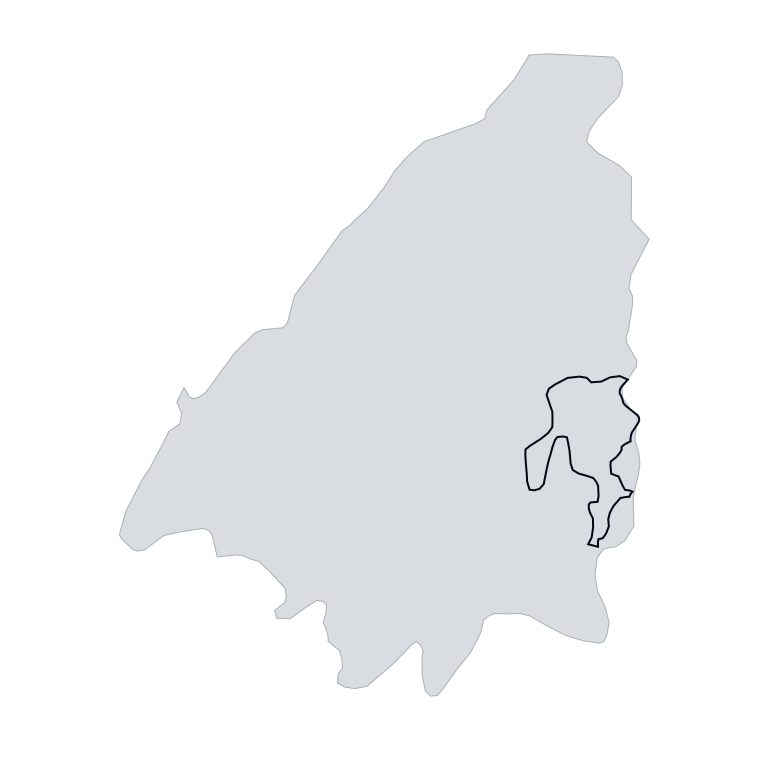 Bosnia and Herzegovina, with Doboj highlighted, rotated 85°
{"feature_id": "BIH-4801", "entity_name": "Doboj", "entity_type": "state/province", "adm_level": 1, "iso_a3": "BIH", "parent_name": "Bosnia and Herzegovina", "parent_adm1": "", "projection": "robinson", "projection_center": [18.222, 44.862], "detail": "fine", "context": "in_parent", "style": "outline", "palette": "ink", "viewbox_px": 768, "rotation_deg": 85, "n_neighbors": 0, "source": "natural_earth", "source_scale": "10m", "svg_char_len": 3232}
<svg xmlns="http://www.w3.org/2000/svg" viewBox="0 0 768 768"><g transform="rotate(85 384 384)"><path d="M659.5,187.3L660.9,191.8L657.3,207.7L650.4,224.8L639.2,242.6L627.6,259.4L624.5,268.3L623.7,282.4L622.3,293.5L624.0,299.6L627.8,305.2L640.9,309.7L658.6,320.9L673.6,335.4L692.9,351.9L699.0,358.1L699.0,364.7L693.4,369.6L677.0,371.4L659.9,370.0L653.3,368.3L647.2,370.3L643.4,374.1L645.5,378.5L663.1,398.6L683.7,427.4L684.9,439.8L682.5,449.5L677.8,456.3L669.3,455.1L662.8,449.8L653.0,450.2L645.4,451.7L635.5,462.1L630.6,461.7L622.1,463.3L616.7,465.3L608.2,462.3L599.2,460.3L595.4,463.5L593.7,469.6L599.3,480.7L609.7,498.0L608.1,511.2L600.2,512.7L592.9,501.7L586.4,499.9L579.1,500.2L562.3,513.1L550.0,523.8L547.1,531.3L542.7,539.5L541.4,545.5L541.7,565.2L519.4,568.4L514.7,571.3L512.0,577.3L513.9,602.7L515.7,616.3L528.5,637.3L529.0,644.0L527.2,648.4L518.1,656.7L513.8,659.7L510.9,660.7L496.0,655.2L489.0,652.6L459.2,634.0L446.0,623.7L425.3,610.2L412.5,602.5L406.0,590.8L395.8,588.1L383.8,591.9L370.2,583.4L379.8,579.1L382.2,574.9L381.0,569.5L376.8,562.2L340.2,530.3L322.2,508.6L319.3,500.8L319.2,480.0L315.0,475.0L288.1,465.5L258.2,438.5L227.3,412.0L223.2,404.7L207.3,384.6L188.0,366.4L172.6,354.8L160.0,341.5L146.1,323.1L139.0,295.1L132.8,270.3L128.5,260.7L119.6,257.3L92.3,227.9L69.0,210.8L69.4,192.3L73.6,161.5L78.4,127.0L84.1,122.2L94.8,119.6L107.0,120.6L117.6,124.8L138.4,148.5L150.3,157.6L160.5,161.2L172.3,151.2L186.9,130.4L199.6,119.4L242.0,123.4L262.9,107.3L296.5,128.4L310.4,131.6L318.3,128.7L328.9,130.0L352.6,136.2L358.0,138.8L365.1,138.3L382.7,130.1L388.6,131.1L408.6,147.3L418.7,147.4L430.8,140.5L438.6,134.5L461.6,139.0L474.7,136.2L485.7,136.0L497.5,138.7L508.3,142.5L518.9,145.7L547.3,147.4L561.0,157.7L566.4,167.6L566.6,173.8L567.9,180.3L575.8,186.8L592.9,190.5L603.7,189.7L609.4,189.2L624.0,183.5L641.2,180.5L653.6,183.9L659.5,187.3Z" fill="#d9dde1" stroke="#a8b0b8" stroke-width="1"/><path d="M400.9,140.7L406.1,146.5L409.1,148.9L412.3,150.0L414.0,149.9L418.8,148.1L423.3,147.3L424.7,146.7L427.4,144.5L437.3,134.0L439.7,132.9L442.3,132.9L444.9,134.1L453.9,141.3L457.5,142.7L460.7,143.3L462.6,143.3L462.9,144.5L465.4,150.1L467.4,152.8L470.4,153.1L473.4,155.3L476.9,158.7L481.0,164.9L484.5,165.5L489.7,165.5L493.2,165.5L494.0,163.7L495.3,161.2L496.5,158.4L501.0,156.9L506.5,155.0L510.5,153.1L511.5,148.5L512.9,145.9L515.2,148.1L517.8,149.5L517.6,151.9L518.1,158.4L520.3,160.6L525.4,165.9L531.9,170.2L538.4,172.4L545.4,172.4L552.5,175.9L556.7,179.6L557.3,184.0L560.5,184.7L564.8,185.0L561.4,194.6L555.0,190.5L545.2,188.2L536.1,187.6L530.3,189.9L526.3,190.8L521.8,190.5L520.0,188.5L520.0,186.2L520.0,181.5L514.4,180.0L504.1,179.6L500.1,181.0L495.9,183.7L493.6,188.9L490.1,198.0L486.1,203.5L479.5,205.0L466.7,205.0L459.7,205.6L453.1,206.4L451.9,209.9L451.9,215.8L454.5,218.4L461.3,221.6L468.5,224.2L475.3,226.9L483.5,229.5L490.3,231.5L497.6,233.6L502.0,238.2L503.0,243.5L502.0,248.2L493.6,249.9L486.1,249.6L473.5,249.6L466.0,249.3L461.5,248.7L458.2,243.8L452.6,233.0L447.2,224.8L441.6,220.1L434.8,219.3L426.4,218.7L420.8,220.1L409.1,223.0L403.1,220.2L399.2,213.3L393.9,200.5L393.7,188.5L395.5,181.5L400.4,177.4L400.5,167.3L397.1,158.2L396.7,148.4L400.9,140.7Z" fill="none" stroke="#020617" stroke-width="2"/></g></svg>